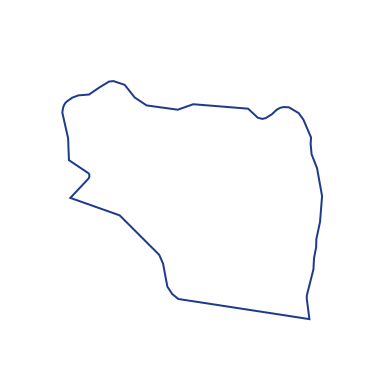 an SVG outline of Merton, rotated 195°
{"feature_id": "GBR-2073", "entity_name": "Merton", "entity_type": "London Borough", "adm_level": 1, "iso_a3": "GBR", "parent_name": "United Kingdom", "parent_adm1": "", "projection": "mercator", "projection_center": [-0.177, 51.408], "detail": "fine", "context": "isolated", "style": "outline", "palette": "blue", "viewbox_px": 384, "rotation_deg": 195, "n_neighbors": 0, "source": "natural_earth", "source_scale": "10m", "svg_char_len": 820}
<svg xmlns="http://www.w3.org/2000/svg" viewBox="0 0 384 384"><g transform="rotate(195 192 192)"><path d="M177.5,85.1L184.8,88.4L191.3,94.2L201.4,115.3L207.4,122.8L255.8,150.7L308.0,154.8L295.6,177.9L295.2,179.3L295.2,180.8L295.7,182.2L296.8,183.3L319.1,190.9L325.6,211.9L337.7,234.9L338.1,237.0L338.3,241.0L338.0,243.2L337.4,245.1L336.2,247.2L332.1,252.1L326.8,255.9L316.7,259.5L308.9,268.6L300.7,277.2L296.6,278.8L284.8,278.1L271.7,268.4L258.2,263.9L227.1,267.8L213.5,277.1L159.4,287.0L147.7,280.8L143.0,280.8L139.9,282.5L135.0,287.7L131.4,293.5L128.8,296.0L125.7,297.7L120.3,298.9L109.3,295.8L103.2,290.8L91.2,275.6L89.8,269.0L86.3,259.5L77.4,247.4L65.3,221.7L60.6,196.3L59.7,178.7L57.8,170.8L57.0,159.6L54.7,148.9L54.3,121.8L53.7,119.1L45.7,99.6L177.5,85.1Z" fill="none" stroke="#1e3a8a" stroke-width="2"/></g></svg>